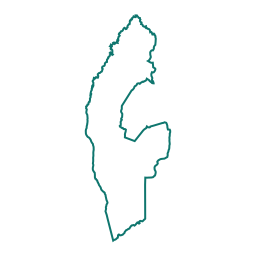 outline of Tuntum, Maranhão, Brazil
{"feature_id": "56859067B40556057821371", "entity_name": "Tuntum", "entity_type": "district", "adm_level": 2, "iso_a3": "BRA", "parent_name": "Brazil", "parent_adm1": "Maranhão", "projection": "equal_earth", "projection_center": [-44.727, -5.601], "detail": "fine", "context": "isolated", "style": "outline", "palette": "teal", "viewbox_px": 256, "rotation_deg": 0, "n_neighbors": 0, "source": "geoboundaries", "source_scale": "gbopen_adm2", "svg_char_len": 5761}
<svg xmlns="http://www.w3.org/2000/svg" viewBox="0 0 256 256"><path d="M111.9,53.2L110.4,52.4L109.9,52.9L110.4,53.3L110.2,54.8L109.7,55.2L109.6,56.2L109.1,56.7L108.6,56.9L108.1,57.4L108.2,58.3L107.1,59.5L106.9,60.2L107.0,61.1L106.9,62.0L106.1,62.1L104.9,63.3L104.8,64.7L104.6,65.5L104.1,65.9L102.5,66.6L102.1,67.4L102.2,68.6L102.7,69.0L102.3,69.9L102.1,70.9L101.6,71.7L101.1,71.8L99.8,73.0L98.9,73.1L97.8,74.2L97.8,75.2L98.3,76.0L98.1,77.0L97.9,77.7L97.4,77.7L96.1,77.1L95.6,77.4L95.5,78.1L94.9,78.6L94.5,78.1L93.9,77.9L93.4,80.2L92.8,80.7L92.7,81.4L93.4,82.8L93.3,83.9L93.4,85.7L93.1,86.3L92.9,85.7L92.6,85.3L92.2,85.8L92.0,87.3L92.0,88.3L91.6,89.0L91.9,89.8L91.1,91.2L90.7,92.8L90.6,93.5L91.2,93.8L91.1,94.8L90.3,95.2L90.4,96.0L90.7,96.9L89.9,98.7L90.0,99.8L89.8,101.0L89.6,101.8L89.1,101.8L88.6,102.5L88.5,103.3L88.5,104.0L88.0,104.7L87.4,104.7L86.9,106.1L86.1,106.5L86.2,107.4L86.1,108.4L86.8,109.3L86.3,112.1L86.4,113.1L87.3,114.9L87.6,118.5L87.4,119.5L87.6,121.0L87.5,121.6L87.4,123.1L87.2,123.7L87.2,124.5L86.9,125.4L86.7,126.5L86.6,128.1L86.0,129.4L85.8,130.6L85.8,131.6L85.9,133.6L86.2,134.6L86.7,135.5L87.7,136.9L89.0,137.6L90.0,138.8L90.7,139.9L91.2,141.4L91.9,142.7L92.9,144.0L93.1,145.4L93.4,146.2L93.6,147.0L93.7,150.0L93.5,150.8L93.3,152.7L93.4,155.7L93.1,158.0L93.2,158.7L93.2,161.3L92.9,163.5L93.3,164.7L93.3,165.6L92.9,167.3L92.8,168.4L92.8,169.2L93.0,170.2L93.9,171.8L94.3,172.2L94.7,172.7L94.9,174.9L94.9,177.3L95.3,178.7L95.9,178.9L96.2,179.6L97.2,180.4L97.3,181.2L97.6,182.0L98.0,182.4L98.2,183.2L98.7,183.9L98.9,184.8L100.7,187.5L101.0,188.8L101.5,189.9L103.4,191.8L104.3,192.3L104.7,192.8L104.7,193.6L105.6,195.1L105.6,195.9L106.5,200.0L107.2,201.6L107.5,202.7L107.2,203.5L106.6,204.4L106.4,205.1L106.3,206.1L105.9,207.0L105.9,208.0L106.1,208.7L105.5,211.3L106.7,214.9L107.8,219.5L113.2,240.6L114.0,240.0L114.7,239.7L115.3,239.6L116.3,238.9L117.0,238.1L117.7,237.8L117.9,237.1L118.0,235.4L118.3,234.9L118.9,234.5L119.5,234.8L119.9,235.3L120.9,235.3L122.7,234.7L123.3,234.0L124.5,232.9L124.8,231.8L125.6,230.9L126.1,230.2L127.5,229.6L128.0,229.1L129.4,228.6L129.8,227.8L130.9,226.2L131.8,225.4L132.8,225.3L133.3,225.0L134.0,225.2L134.5,225.6L135.3,225.0L135.9,224.3L136.2,223.8L136.6,223.3L137.1,223.1L137.3,222.5L138.1,222.3L137.9,223.0L139.0,223.6L139.6,223.2L139.3,222.0L139.7,221.2L140.3,220.9L142.5,221.3L143.6,220.3L144.0,219.7L144.6,219.4L145.2,218.7L145.1,184.6L145.3,177.6L146.2,177.7L151.4,177.5L153.0,177.2L153.7,176.6L154.5,175.7L154.9,175.6L155.2,175.0L155.7,172.7L155.6,171.4L154.7,169.7L154.6,169.0L154.5,167.7L154.8,166.6L155.3,165.9L156.8,164.8L157.5,164.0L157.8,163.2L157.4,162.4L157.3,161.6L158.4,160.3L160.3,159.2L161.6,158.9L164.5,158.6L167.3,157.0L167.7,155.2L167.6,153.4L168.3,151.8L168.7,149.9L169.1,149.2L169.3,148.0L169.4,145.5L169.7,144.4L169.7,143.4L169.4,140.8L169.5,139.5L169.4,137.3L169.7,136.1L169.8,134.4L169.7,133.7L170.1,132.7L170.2,131.5L170.2,130.8L169.8,129.7L167.9,129.5L167.4,127.3L167.3,125.6L166.6,123.5L166.2,122.8L164.6,122.3L163.3,122.9L162.4,123.0L153.7,125.6L151.1,126.3L150.3,126.6L150.0,127.2L149.5,127.4L147.8,127.3L147.4,126.8L146.9,126.4L146.1,128.2L144.5,129.2L143.3,130.3L134.7,141.1L124.9,137.4L125.0,135.5L124.9,134.4L125.2,132.9L125.6,131.8L125.7,130.9L125.9,129.7L125.3,129.2L124.6,129.0L123.7,129.1L123.1,128.6L122.7,127.9L122.0,128.0L121.3,127.6L120.6,126.8L119.9,126.6L119.8,125.9L120.4,125.6L120.8,125.0L120.7,124.3L120.8,123.2L120.6,122.1L120.9,121.1L121.3,120.7L121.8,119.8L121.1,119.0L121.5,118.1L122.1,117.1L122.3,113.9L121.1,111.8L121.1,110.9L121.3,110.1L121.7,109.3L121.8,108.4L121.8,106.7L121.9,105.8L131.7,90.3L132.3,90.1L133.2,89.2L134.1,87.9L134.5,86.6L135.0,86.1L135.6,85.9L136.2,85.4L136.9,84.5L137.2,83.7L137.7,83.5L138.6,83.3L139.1,83.3L139.8,83.8L141.0,82.6L141.7,82.3L142.4,81.7L143.0,81.9L143.6,81.8L144.2,81.2L144.8,81.1L145.9,80.5L146.4,79.8L146.8,78.7L149.1,80.2L149.5,80.8L150.7,81.9L151.5,82.4L152.0,83.0L153.0,83.3L153.6,83.3L153.5,82.6L152.9,81.1L151.9,80.1L152.3,78.2L152.2,77.6L151.4,75.9L151.3,74.1L151.6,73.1L152.0,72.2L152.8,72.5L153.7,72.3L154.4,71.5L154.8,70.9L155.2,69.9L155.4,69.1L155.2,68.5L154.5,68.2L154.1,67.8L153.2,67.3L152.8,62.7L151.6,62.8L150.5,62.5L148.0,61.0L148.7,60.6L149.3,59.9L150.0,58.9L150.8,57.2L150.7,56.2L150.3,54.8L150.2,52.4L150.5,51.7L151.0,51.0L151.5,50.5L152.1,50.3L152.9,50.4L153.6,49.3L153.9,48.3L153.8,47.5L154.1,46.5L154.5,45.7L155.3,44.9L155.6,41.7L155.7,39.6L155.8,38.9L155.7,38.2L155.3,36.9L155.5,36.2L154.9,35.3L154.3,34.0L153.9,33.6L152.7,33.7L152.9,34.5L152.4,34.5L152.1,33.7L151.9,32.9L151.5,32.2L150.9,31.8L150.2,32.2L149.7,29.8L149.0,29.1L148.2,28.8L147.6,28.8L147.2,28.4L146.7,27.8L146.1,28.1L145.6,27.6L145.8,26.3L144.5,26.7L144.0,26.6L143.3,26.3L142.9,25.9L142.6,24.9L142.0,24.3L141.1,24.1L141.5,22.5L140.5,21.9L139.9,21.0L140.1,20.3L140.4,19.6L140.0,19.1L139.9,18.0L139.3,17.9L138.7,17.9L138.1,16.9L137.6,16.5L136.9,15.4L135.9,15.4L136.3,16.3L135.7,17.1L134.9,17.1L134.4,16.5L133.6,16.3L133.2,17.3L132.1,18.1L132.1,19.1L131.7,19.6L131.0,19.5L130.7,20.5L130.0,20.5L129.8,21.3L129.8,23.1L129.6,24.1L129.0,24.1L127.7,25.7L127.4,26.5L127.6,27.2L126.8,28.1L126.5,28.9L125.8,29.1L125.0,28.1L124.4,27.8L123.6,28.6L122.7,30.5L122.0,31.1L121.0,31.3L120.6,32.0L120.3,32.8L119.6,32.9L119.1,33.6L118.8,34.2L119.7,35.7L118.5,36.9L118.5,37.8L118.1,38.2L117.9,39.1L118.3,39.6L118.4,40.4L118.0,41.1L117.2,40.6L117.0,41.6L117.5,42.9L116.2,42.7L115.5,43.1L114.7,43.9L114.3,43.5L114.6,42.6L113.8,42.5L113.1,42.9L113.5,43.6L112.9,44.2L111.7,44.9L111.8,45.7L111.2,45.4L110.8,44.9L110.5,45.7L110.0,46.3L111.2,46.9L111.0,47.8L110.6,48.8L111.0,49.4L111.8,49.4L112.3,50.2L112.4,51.7L112.3,52.7L111.9,53.2ZM111.9,53.2L112.4,53.9L112.9,54.5L112.3,54.9L111.6,53.9L111.9,53.2Z" fill="none" stroke="#0f766e" stroke-width="2"/></svg>